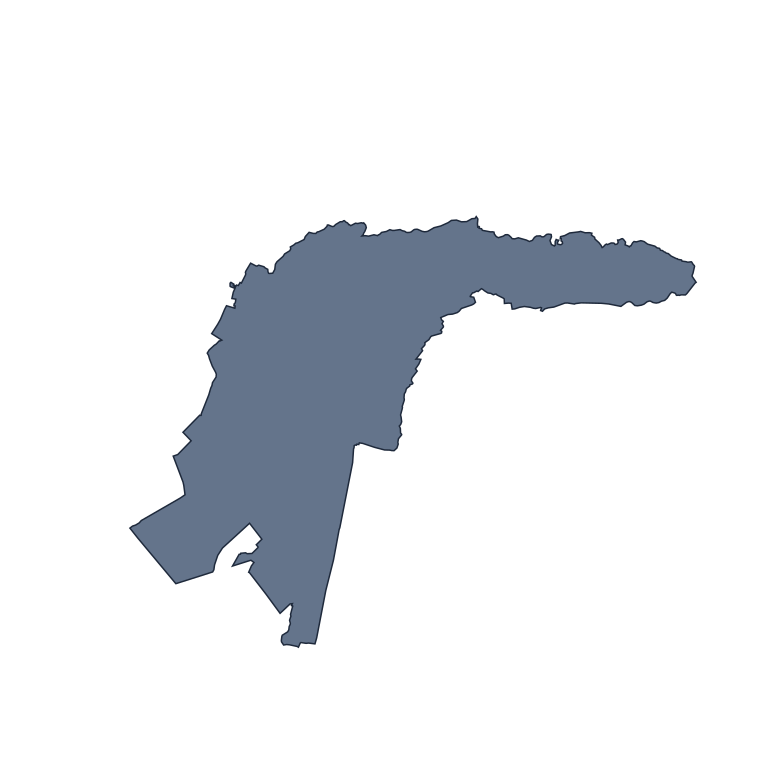 Cotesti, Vrancea, Romania (Natural Earth projection), rotated 128°
{"feature_id": "2599482B92472174610530", "entity_name": "Cotesti", "entity_type": "district", "adm_level": 2, "iso_a3": "ROU", "parent_name": "Romania", "parent_adm1": "Vrancea", "projection": "natural_earth1", "projection_center": [27.048, 45.655], "detail": "fine", "context": "isolated", "style": "filled", "palette": "slate", "viewbox_px": 768, "rotation_deg": 128, "n_neighbors": 0, "source": "geoboundaries", "source_scale": "gbopen_adm2", "svg_char_len": 6155}
<svg xmlns="http://www.w3.org/2000/svg" viewBox="0 0 768 768"><g transform="rotate(128 384 384)"><path d="M657.0,483.1L669.5,425.1L637.6,403.3L635.1,403.7L630.8,406.2L621.4,409.5L612.7,410.3L576.5,404.2L581.5,384.7L589.3,385.7L589.9,383.0L590.5,382.6L598.8,383.7L602.0,387.4L602.2,389.1L605.6,392.7L606.5,392.3L607.4,393.3L620.7,391.3L605.1,380.6L604.8,380.3L604.7,376.6L609.0,376.5L615.7,374.7L615.5,373.8L622.3,347.4L628.7,324.7L615.1,322.6L613.5,321.0L615.5,320.7L615.6,320.4L615.0,319.9L615.2,319.2L623.1,315.8L624.3,314.4L628.3,313.0L630.2,310.5L631.0,310.0L633.5,309.4L636.3,307.7L638.6,307.3L644.6,309.5L646.0,309.0L649.3,307.0L650.3,306.0L651.5,302.4L649.3,300.4L647.7,297.9L644.3,290.9L644.1,289.4L639.8,290.5L638.9,290.3L636.3,285.7L634.6,284.0L631.3,278.4L625.6,280.7L582.6,302.7L553.9,315.4L526.2,329.8L524.5,330.3L465.3,360.3L453.8,368.1L452.8,368.3L450.8,369.6L449.6,368.9L449.1,368.0L448.1,368.3L447.2,366.6L445.6,367.2L443.9,364.2L439.7,352.4L435.6,342.9L432.5,338.7L431.7,336.9L430.3,335.0L426.5,334.4L422.6,335.8L421.4,337.2L418.2,338.9L413.3,338.8L412.8,339.1L412.4,340.8L408.9,343.8L407.7,346.1L405.7,345.9L402.9,346.8L399.6,350.1L398.2,351.9L392.5,354.3L391.0,355.1L390.5,355.8L384.7,357.9L383.5,358.6L382.6,359.7L379.3,361.9L376.9,362.2L374.4,363.3L373.2,363.4L369.8,362.5L368.8,363.1L366.4,361.6L365.9,361.6L365.5,361.8L364.7,364.3L363.0,365.4L361.7,365.8L353.4,365.8L352.7,368.5L346.9,368.8L341.9,370.1L342.9,371.9L344.7,374.1L334.0,374.1L333.1,376.2L328.4,375.8L327.2,376.3L326.3,377.3L321.5,375.9L317.9,376.3L316.9,376.0L309.1,370.3L308.3,370.1L306.9,370.9L306.9,372.5L302.6,372.3L301.8,372.8L300.8,375.4L298.1,375.8L298.0,378.1L296.7,380.2L289.9,376.4L286.7,373.0L282.6,370.2L280.4,369.6L276.8,369.5L267.7,363.5L265.7,362.6L263.3,362.2L260.4,366.7L262.0,369.7L261.8,370.1L257.7,370.4L256.9,369.5L253.6,368.1L253.2,366.8L248.9,365.9L248.6,364.1L248.7,362.4L248.3,358.2L246.8,355.6L246.4,352.8L244.4,351.4L244.0,350.6L244.3,349.9L242.9,342.9L242.9,341.7L246.4,338.7L243.6,335.7L242.1,333.5L246.1,329.1L244.3,327.2L240.0,324.3L236.5,321.1L233.4,315.8L232.3,312.9L231.1,310.9L227.3,307.8L227.0,306.8L229.7,305.8L229.1,303.9L225.9,303.6L222.8,301.4L218.8,297.5L208.9,291.3L207.2,289.3L203.7,283.1L202.6,282.5L198.6,278.5L186.5,262.3L182.6,256.2L177.0,245.1L170.3,243.2L168.6,242.1L167.6,240.8L167.3,239.0L167.7,234.7L166.4,232.5L163.5,229.8L161.1,228.3L157.2,227.3L155.3,226.0L154.6,224.9L154.2,222.3L153.4,220.7L152.6,219.3L150.6,217.5L147.9,216.3L145.3,214.3L144.3,214.1L141.9,213.7L136.9,214.1L134.5,213.8L133.3,210.9L133.3,209.8L134.0,208.4L133.9,207.8L132.8,206.9L132.4,205.9L130.8,204.7L128.2,201.3L126.1,201.0L113.0,201.0L111.7,200.6L109.5,207.4L108.6,208.1L106.5,208.7L100.1,211.7L99.6,212.5L99.5,213.8L98.5,216.5L98.5,217.1L101.0,219.6L101.7,221.4L103.7,224.8L103.1,225.9L104.8,229.1L104.7,230.0L105.2,230.8L106.4,236.4L106.2,240.3L107.1,242.1L107.0,243.6L107.4,244.4L107.4,246.7L108.4,248.5L107.5,250.2L107.6,250.7L108.6,252.5L108.6,255.4L111.5,262.4L111.6,266.6L112.3,268.5L113.0,269.9L116.7,272.7L117.8,274.7L119.7,275.0L123.1,274.5L123.6,275.0L124.9,275.1L125.0,276.7L125.9,279.7L123.5,281.0L122.6,284.4L122.7,285.6L123.3,286.2L125.8,287.4L126.7,288.5L128.4,286.5L130.5,286.6L131.8,287.8L131.4,288.8L131.5,289.7L133.0,291.8L136.5,293.7L136.8,294.9L138.2,295.4L140.8,295.6L142.2,296.1L141.1,298.4L140.3,301.6L139.9,307.0L138.7,308.4L139.0,312.1L137.2,313.0L138.2,315.2L141.0,318.6L142.7,323.0L144.3,324.3L150.7,330.7L155.8,333.0L159.2,335.6L160.8,334.7L160.3,333.9L162.2,332.5L162.0,331.3L163.2,329.9L164.7,330.0L165.5,330.6L166.5,332.4L166.8,333.6L165.4,334.5L163.1,334.8L163.9,336.3L164.1,337.3L166.3,336.8L169.4,334.5L170.3,334.7L171.0,337.9L168.8,341.5L164.9,342.6L163.3,344.3L163.6,345.0L164.8,346.9L166.1,348.0L169.2,348.6L170.2,349.3L170.9,350.4L171.0,352.0L173.5,354.9L175.8,355.7L179.4,355.5L182.2,357.2L182.9,360.4L186.1,368.2L189.1,370.3L190.6,372.5L190.2,373.8L189.9,377.2L190.2,378.5L191.7,380.3L194.0,381.0L198.3,384.0L198.7,386.3L197.9,389.3L196.6,390.9L197.5,392.6L198.3,393.3L202.2,400.8L202.3,401.2L201.6,402.7L202.7,404.9L201.4,405.7L201.4,406.2L202.6,406.8L200.1,409.1L196.2,411.6L195.3,414.4L197.5,414.2L199.6,416.5L205.1,418.8L208.5,422.8L210.2,427.8L213.6,431.6L217.4,432.8L224.6,436.6L230.0,440.8L236.5,443.4L237.8,444.4L239.1,445.8L240.2,447.9L241.4,452.7L241.9,453.5L243.3,455.0L244.3,455.5L247.4,456.2L248.7,457.1L250.2,458.8L250.8,459.9L250.9,461.7L252.0,464.1L252.4,466.4L256.8,470.6L257.8,471.9L258.8,474.4L262.3,476.0L266.0,479.2L268.9,479.6L270.0,480.3L271.0,480.4L272.6,483.8L277.0,487.2L278.6,490.0L280.9,492.5L278.9,492.3L277.6,492.9L275.7,493.0L271.7,494.2L270.1,496.3L269.5,499.2L270.3,499.5L270.6,500.7L271.4,501.6L273.7,503.5L274.9,505.5L279.7,507.7L279.7,509.5L280.1,509.8L279.6,511.5L279.6,512.5L279.9,513.3L279.7,515.8L280.3,516.4L281.7,516.7L283.1,518.4L288.1,520.3L290.7,520.6L291.8,521.7L292.9,525.7L293.6,526.5L294.9,526.0L298.8,526.4L304.2,529.2L305.3,530.2L307.3,530.4L308.9,532.5L310.6,536.4L316.2,536.8L319.3,535.9L325.8,538.9L327.4,540.2L330.0,540.7L333.7,542.2L334.9,540.7L337.0,540.3L342.7,542.4L345.6,542.1L353.5,543.6L356.5,543.3L361.0,540.6L365.2,539.9L367.5,542.4L367.8,543.1L366.9,544.6L365.2,546.2L365.7,549.0L365.5,550.8L367.5,555.9L369.3,556.7L369.8,557.7L370.9,563.5L379.8,562.4L381.3,562.0L382.2,560.9L383.2,560.3L392.3,558.5L392.6,559.9L396.1,559.4L396.9,561.2L399.9,560.6L400.4,562.0L398.4,562.3L398.8,563.7L397.8,563.8L398.1,567.1L398.4,567.4L399.4,567.3L401.7,565.5L401.8,565.0L400.4,560.3L404.4,559.3L410.3,556.5L408.4,553.0L411.1,551.4L413.1,551.1L413.2,551.3L413.8,551.0L414.8,550.4L414.2,549.3L416.1,548.2L419.3,556.3L423.4,555.5L433.7,552.7L439.4,551.8L450.4,550.8L449.3,538.8L451.2,539.8L451.4,540.4L455.8,540.8L458.0,541.6L464.7,542.7L468.5,542.3L469.5,539.8L471.6,537.0L475.7,530.2L478.4,524.0L479.5,522.2L481.9,520.6L488.5,520.0L491.2,518.6L493.9,518.0L500.4,515.4L520.1,509.6L521.0,508.8L521.5,508.9L522.0,510.0L545.8,512.7L547.5,501.0L566.6,503.1L570.6,505.7L585.0,482.0L587.3,479.2L593.8,472.6L599.2,474.3L641.0,491.2L644.2,491.4L648.1,492.9L650.8,494.7L654.0,495.5L657.0,483.1Z" fill="#64748b" stroke="#1e293b" stroke-width="1.5"/></g></svg>